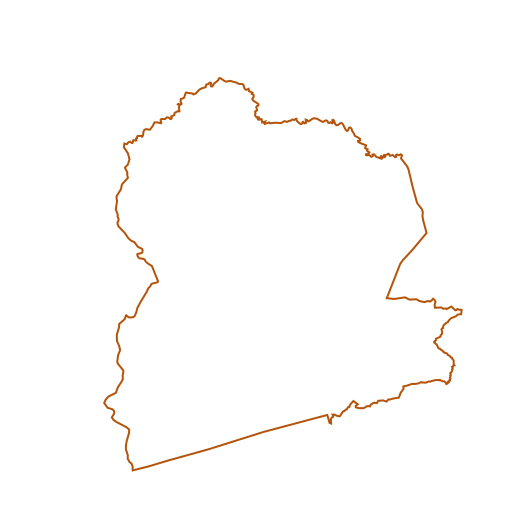 Tan Chau, Tây Ninh, Vietnam (Robinson projection), rotated 255°
{"feature_id": "81297802B68440719308655", "entity_name": "Tan Chau", "entity_type": "district", "adm_level": 2, "iso_a3": "VNM", "parent_name": "Vietnam", "parent_adm1": "Tây Ninh", "projection": "robinson", "projection_center": [106.277, 11.58], "detail": "fine", "context": "isolated", "style": "outline", "palette": "amber", "viewbox_px": 512, "rotation_deg": 255, "n_neighbors": 0, "source": "geoboundaries", "source_scale": "gbopen_adm2", "svg_char_len": 6034}
<svg xmlns="http://www.w3.org/2000/svg" viewBox="0 0 512 512"><g transform="rotate(255 256 256)"><path d="M374.1,347.2L373.9,345.8L372.4,341.9L372.7,341.3L374.4,340.3L374.9,339.3L371.7,338.9L371.6,337.0L373.3,336.4L373.5,335.9L371.9,334.5L371.7,333.6L373.0,332.2L375.6,330.6L377.0,330.3L378.1,330.6L378.3,330.3L377.5,328.0L378.5,326.3L377.7,324.6L378.0,323.1L377.5,320.7L378.9,318.4L377.9,314.6L379.7,309.3L380.5,304.0L381.3,303.7L381.6,303.0L381.3,298.6L382.1,298.3L383.5,299.6L383.4,296.5L386.6,296.9L387.0,296.4L386.7,294.5L387.2,293.4L388.0,293.1L388.2,294.4L389.1,294.7L390.3,292.3L391.3,291.6L392.2,291.5L393.8,292.4L395.5,292.4L396.0,292.9L396.2,294.4L396.6,294.8L399.9,294.8L400.5,295.6L400.8,297.3L401.7,297.5L402.4,297.5L406.6,293.7L408.2,293.0L408.9,293.2L410.3,294.9L411.9,295.3L412.4,295.3L413.7,293.8L414.7,294.8L417.0,291.9L419.4,292.1L419.0,289.7L419.6,288.8L420.8,288.3L424.7,288.1L425.6,287.3L426.6,284.2L428.5,282.0L431.9,276.3L432.2,272.3L432.5,271.6L437.3,267.2L436.9,265.9L435.6,265.0L433.2,259.8L431.1,257.9L431.5,256.5L432.8,256.4L434.4,257.4L435.0,257.1L435.5,256.1L434.4,254.2L434.4,252.3L432.1,251.0L432.0,247.0L431.4,244.4L428.4,239.5L428.3,237.3L429.4,236.9L431.0,232.6L431.9,231.3L431.9,230.4L427.6,227.6L427.1,226.1L427.2,224.0L424.7,223.1L422.7,223.5L421.9,223.2L421.8,222.2L423.0,220.4L422.8,219.8L421.2,220.9L418.8,219.7L415.7,219.6L415.5,219.1L416.1,217.9L415.4,214.8L414.9,214.1L413.2,213.5L412.8,210.3L412.1,210.1L411.1,210.4L410.4,209.5L410.5,208.6L412.2,207.5L413.0,206.0L411.8,203.5L412.7,200.7L412.5,199.4L412.0,199.0L409.2,199.0L408.8,198.5L410.7,195.0L411.3,192.5L408.5,190.1L405.6,186.5L405.5,185.8L407.0,182.8L407.0,181.8L406.3,180.3L405.2,179.5L402.0,178.2L400.8,177.2L400.7,176.8L401.7,176.3L402.6,172.8L401.7,171.9L400.6,171.5L400.6,170.6L398.6,170.4L398.6,169.7L399.6,167.5L397.1,165.9L397.4,165.2L399.1,163.9L398.8,162.0L397.6,160.7L397.5,160.0L398.7,158.0L395.3,156.5L388.6,158.8L382.2,158.9L377.4,155.8L375.4,152.4L374.5,152.3L370.9,153.2L369.2,153.2L368.0,152.6L364.7,152.5L360.2,145.5L359.1,144.6L355.5,142.9L350.4,137.4L349.0,136.4L345.1,136.0L337.2,132.6L332.0,133.2L329.8,132.4L327.4,132.9L325.6,132.3L324.3,130.9L322.8,130.6L320.1,130.9L312.0,135.3L307.0,137.0L304.8,138.2L303.2,139.3L300.7,142.2L295.5,144.2L292.4,147.8L291.2,148.0L289.1,147.3L288.4,146.0L288.7,142.3L288.4,141.8L287.7,141.6L286.2,141.7L284.2,142.5L282.3,146.5L281.3,147.6L279.5,147.9L276.9,149.5L273.2,152.9L257.2,154.8L256.4,154.5L256.1,154.0L256.2,148.0L254.0,145.8L252.8,143.7L249.6,141.1L241.6,132.7L236.4,127.9L232.3,125.6L229.5,123.3L228.7,121.7L229.1,118.6L230.1,116.8L232.3,115.3L231.9,114.7L229.4,113.2L228.6,112.1L225.8,106.3L222.8,105.4L216.0,101.2L210.1,99.7L204.5,100.5L200.3,100.4L195.8,97.1L189.8,94.6L187.8,94.7L179.8,98.2L177.9,97.7L175.1,96.2L171.7,95.6L168.9,93.1L165.3,88.9L160.1,85.2L158.4,76.9L156.1,73.6L153.3,71.3L147.8,73.4L145.2,77.5L143.4,78.7L141.2,78.5L140.2,77.9L137.5,75.0L134.6,75.9L131.7,78.3L124.3,86.4L121.2,88.6L118.0,87.6L110.9,83.3L106.6,81.3L103.0,80.3L96.7,80.6L93.4,79.6L89.8,80.5L87.5,82.1L84.7,82.3L80.8,81.4L80.6,99.5L81.2,118.8L81.6,160.0L84.1,217.5L84.0,283.7L75.7,283.9L74.7,285.2L79.1,286.1L80.4,287.4L80.5,288.5L81.4,289.3L82.9,288.9L82.5,290.8L80.7,292.8L79.6,294.9L79.6,295.6L83.2,299.6L83.7,302.1L84.4,302.7L84.4,304.1L86.2,305.8L86.0,307.0L88.3,308.7L90.7,312.6L86.4,315.9L85.4,313.6L84.6,313.2L84.0,313.3L82.7,315.3L81.3,319.7L81.4,322.0L82.2,324.0L81.9,325.8L81.2,327.1L82.7,328.2L83.6,331.5L83.7,332.2L82.6,334.6L84.5,336.6L83.6,341.4L81.6,344.5L83.2,346.7L82.7,348.1L82.8,351.7L82.2,357.3L86.6,360.5L89.5,364.1L91.9,364.6L91.7,368.2L92.1,373.3L91.2,376.7L90.9,380.2L91.5,382.8L90.6,383.8L90.6,385.0L90.0,386.1L89.7,387.9L90.1,390.4L89.5,391.8L89.8,393.0L89.6,398.3L88.7,400.4L88.8,401.5L88.2,401.7L87.7,402.9L86.8,403.7L86.2,405.3L84.6,406.6L83.1,406.7L83.2,407.9L83.8,408.4L84.0,409.2L84.7,408.8L85.1,409.3L85.5,411.3L86.8,411.2L87.3,412.1L88.4,411.9L90.0,413.1L90.4,412.8L91.2,413.4L92.3,413.2L93.1,413.9L93.1,414.7L95.3,416.4L95.9,416.1L96.9,417.1L98.3,416.7L98.6,418.1L99.5,418.6L99.3,419.2L100.1,418.9L104.0,419.9L105.8,419.0L107.0,418.9L107.7,417.9L108.9,417.6L111.1,415.5L112.2,415.4L114.3,412.5L115.1,412.5L115.4,411.9L116.6,411.4L117.7,410.2L118.8,409.7L119.5,408.5L123.7,407.6L124.5,406.9L125.5,406.6L126.0,405.9L127.0,405.8L128.0,407.9L129.5,408.4L130.3,413.3L131.7,413.8L132.5,415.3L134.1,416.1L137.2,416.2L137.7,416.7L138.1,418.1L139.5,418.5L140.6,419.3L142.2,422.5L142.5,424.3L143.8,425.5L145.4,428.3L146.0,433.2L147.2,435.9L146.7,439.1L150.7,440.7L151.2,439.8L151.5,438.2L152.6,437.0L152.5,436.4L151.9,435.5L152.0,434.4L156.6,431.6L155.4,426.4L156.1,426.0L156.6,423.2L158.3,421.7L159.7,415.5L162.6,415.9L165.3,417.5L167.5,417.0L168.9,416.0L167.6,414.1L167.0,412.2L167.8,411.0L168.0,409.9L167.8,406.8L170.3,402.1L172.7,399.7L174.2,392.9L177.5,389.2L178.7,378.5L181.4,371.4L211.0,393.2L213.8,396.5L221.2,408.3L234.1,426.7L247.3,426.7L251.4,427.1L255.2,428.5L258.3,428.3L265.6,425.3L283.2,425.2L299.6,425.7L303.2,425.3L312.8,421.3L315.0,422.9L315.9,422.9L316.8,422.1L316.3,420.3L317.4,418.9L317.5,418.0L317.2,417.4L315.5,417.0L315.4,415.9L318.2,414.2L318.1,411.3L320.3,410.7L320.6,410.2L319.9,408.5L320.4,405.8L319.7,405.4L318.5,406.4L318.2,406.1L318.3,404.8L320.0,403.0L320.1,402.3L319.5,402.0L318.0,403.1L317.4,402.5L320.6,397.9L323.7,396.3L323.8,394.8L322.3,394.6L321.9,393.5L322.3,392.7L324.2,391.7L324.7,388.8L325.0,388.4L325.7,388.5L325.9,391.1L326.8,392.3L328.9,390.5L330.1,391.4L331.8,389.4L332.6,389.5L333.9,390.8L334.5,390.9L338.3,385.7L339.8,384.3L340.7,384.3L340.7,386.5L342.1,386.8L344.1,385.2L346.4,382.6L349.1,382.2L352.2,381.2L354.2,381.2L355.4,380.6L355.9,379.9L355.8,379.1L353.4,377.3L353.3,376.2L354.7,375.3L360.8,374.0L362.3,373.2L362.4,371.6L361.3,369.3L361.4,367.8L362.4,366.8L366.6,366.3L367.5,365.9L367.4,364.8L364.7,364.8L364.4,363.9L366.0,362.5L365.6,361.2L365.8,360.3L367.8,359.9L368.6,359.3L368.9,358.1L368.2,355.4L369.1,354.1L372.9,350.4L374.1,347.2Z" fill="none" stroke="#b45309" stroke-width="2"/></g></svg>